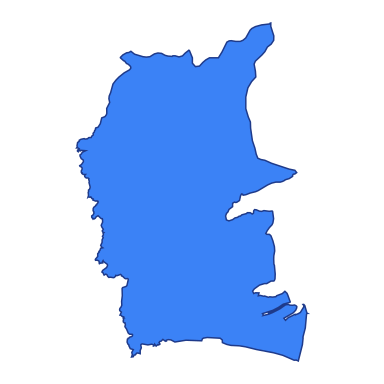 Paser, Kalimantan Timur, Indonesia (orthographic projection)
{"feature_id": "22746128B17746000623405", "entity_name": "Paser", "entity_type": "district", "adm_level": 2, "iso_a3": "IDN", "parent_name": "Indonesia", "parent_adm1": "Kalimantan Timur", "projection": "orthographic", "projection_center": [116.052, -1.688], "detail": "fine", "context": "isolated", "style": "filled", "palette": "blue", "viewbox_px": 384, "rotation_deg": 0, "n_neighbors": 0, "source": "geoboundaries", "source_scale": "gbopen_adm2", "svg_char_len": 5947}
<svg xmlns="http://www.w3.org/2000/svg" viewBox="0 0 384 384"><path d="M131.5,357.0L133.3,356.7L134.0,355.1L135.3,354.9L136.6,353.2L137.9,353.0L140.2,353.7L140.2,350.5L141.3,347.8L140.8,345.1L141.1,344.4L142.2,343.9L147.9,344.9L151.8,344.2L153.1,344.7L153.6,345.4L153.5,346.0L154.1,345.8L154.7,344.1L156.1,346.1L157.8,344.6L158.2,345.0L159.8,344.4L159.8,343.5L159.0,342.7L159.7,341.5L161.2,341.1L162.9,339.4L165.3,341.2L165.8,340.6L166.4,340.9L166.4,340.2L168.2,339.6L170.9,339.9L174.9,342.0L186.0,340.2L201.7,340.8L202.4,338.8L203.5,338.1L207.2,337.5L220.1,338.2L222.3,340.0L222.4,342.6L226.7,344.4L231.0,345.4L239.3,345.8L245.5,346.8L256.4,349.5L273.7,352.8L282.8,355.3L294.1,360.2L296.3,360.1L298.3,361.0L302.4,344.7L303.1,337.8L302.9,337.3L305.3,328.0L306.5,314.5L306.9,313.3L307.4,313.3L306.9,313.0L304.8,305.6L303.7,304.4L303.0,304.5L303.8,305.5L303.8,306.8L300.4,312.4L298.2,313.7L295.4,314.8L295.1,314.3L288.2,317.7L285.5,320.3L283.9,318.2L293.3,312.8L295.7,310.2L296.7,307.9L296.8,306.5L295.9,305.6L294.5,305.0L292.4,305.3L289.6,305.1L288.5,304.5L285.6,304.8L279.8,308.9L272.3,312.7L268.4,314.3L263.2,315.5L263.5,315.1L262.5,313.6L272.9,310.3L278.5,307.4L283.2,304.2L290.0,302.3L290.2,301.8L287.9,295.4L287.0,293.3L284.9,291.3L282.3,293.6L276.7,295.7L275.8,296.7L272.5,297.1L269.7,296.8L268.4,297.3L264.6,296.0L264.0,296.3L260.2,295.4L258.3,295.8L259.0,292.9L255.4,292.8L253.7,293.5L252.6,291.1L254.4,288.8L259.5,285.1L264.4,283.6L266.7,283.6L271.0,281.1L273.8,281.0L274.3,280.6L275.0,278.9L275.2,274.0L274.4,265.3L273.9,264.2L273.7,259.2L273.8,255.9L274.7,251.0L274.4,246.6L272.9,240.9L271.0,235.9L269.5,234.4L266.7,234.3L265.8,233.5L267.2,230.7L269.3,227.7L272.0,224.8L272.9,222.9L273.6,218.7L272.6,211.4L272.1,211.0L269.2,211.3L263.9,210.6L261.7,211.4L259.6,211.2L256.3,209.8L254.6,209.6L253.7,210.8L253.5,213.1L252.6,213.9L252.2,214.0L250.2,212.7L247.3,212.7L246.4,213.6L241.9,214.8L240.4,216.1L239.1,216.2L237.4,217.4L235.0,217.9L232.7,219.6L228.9,220.9L226.4,219.9L225.6,216.0L226.5,213.4L227.9,212.0L229.0,209.4L232.6,206.7L232.6,203.3L234.4,202.1L235.8,202.5L236.9,202.2L239.5,200.5L240.5,195.9L241.5,194.0L242.6,194.2L243.1,195.2L245.9,194.7L250.3,193.0L255.6,191.7L258.2,190.6L267.7,184.9L271.7,183.1L275.9,182.1L280.3,182.1L282.6,181.4L284.8,180.3L285.1,179.8L289.2,178.6L292.6,176.4L292.6,175.3L293.3,174.2L294.8,174.0L296.7,172.6L294.9,170.3L289.1,169.1L271.6,163.3L264.9,160.3L260.8,159.5L257.8,158.2L256.2,154.1L254.9,148.2L252.4,140.7L250.6,128.2L250.4,122.0L248.3,117.0L245.8,108.7L245.8,97.0L247.9,87.8L251.6,81.6L255.8,77.0L255.4,71.1L254.1,64.1L255.4,61.1L262.0,54.9L264.9,51.6L267.4,47.0L271.2,44.1L273.7,40.3L273.8,35.9L270.8,26.4L270.8,23.0L270.1,23.2L270.0,23.9L261.6,24.9L255.4,26.6L251.8,28.5L250.1,30.2L245.8,37.9L243.1,40.2L240.3,41.4L235.7,41.4L231.2,40.7L229.1,40.9L226.9,42.1L222.0,52.0L218.4,57.8L209.5,57.8L205.8,59.9L202.9,62.4L199.5,66.1L195.4,66.6L192.4,63.2L192.4,57.8L189.5,50.7L188.9,50.2L185.2,53.1L182.5,55.9L179.0,56.9L175.1,55.8L172.8,55.8L172.2,56.4L168.0,56.1L165.0,55.3L161.6,53.4L157.9,53.0L154.4,53.9L149.9,56.7L146.3,57.1L143.0,56.7L134.6,54.2L130.9,51.3L128.9,52.5L126.6,52.8L122.9,54.9L120.4,57.4L120.5,57.9L123.7,60.8L124.6,61.0L126.5,63.5L127.8,64.0L129.8,65.6L130.8,67.1L130.7,68.4L129.4,69.9L124.1,72.9L118.9,77.1L115.9,80.2L113.0,84.0L110.6,92.7L109.2,96.0L108.9,98.8L109.7,102.5L106.7,108.4L106.8,113.3L106.4,114.7L105.0,116.6L101.7,117.9L100.3,123.7L98.3,126.8L97.7,127.4L95.9,127.8L95.5,128.3L95.5,129.5L94.6,130.6L94.3,132.0L93.1,133.3L93.3,134.9L91.8,136.1L91.2,137.5L88.8,137.6L87.4,138.8L85.0,139.1L84.2,138.6L80.9,139.3L79.2,140.3L79.2,141.3L77.6,142.5L77.0,145.8L77.3,146.9L76.6,147.9L77.8,147.9L79.1,148.7L77.5,150.3L77.5,151.2L78.1,151.6L78.1,150.9L79.2,150.9L79.7,150.2L80.4,150.8L80.7,150.3L85.6,150.7L82.3,152.3L81.1,154.2L80.0,154.9L80.0,156.0L81.2,158.6L83.3,160.1L83.4,161.7L81.4,164.6L79.7,165.6L80.0,166.4L81.4,167.0L82.1,168.0L82.1,169.3L81.3,170.8L81.3,172.3L82.2,172.9L81.9,173.5L83.3,174.5L85.4,174.5L84.8,175.1L84.7,176.5L85.5,177.5L86.4,178.0L88.0,178.0L88.9,178.7L88.7,179.6L89.3,181.2L89.0,182.6L90.2,187.1L89.6,189.1L88.5,190.1L88.6,191.5L88.2,192.3L88.5,195.4L88.0,197.2L88.4,196.9L90.2,197.3L90.7,196.9L91.3,197.3L91.8,198.5L93.2,199.0L92.9,200.0L95.6,201.1L97.0,200.8L97.3,201.4L98.1,201.4L98.0,202.7L96.9,204.0L96.6,204.9L95.7,205.2L95.5,206.0L93.8,207.3L93.2,208.5L93.1,210.8L93.8,211.7L93.9,213.5L92.8,215.2L91.7,215.9L91.7,217.2L93.0,219.1L93.5,218.5L94.2,218.9L95.2,218.3L96.2,216.8L98.1,215.7L101.3,218.7L102.3,218.7L102.5,219.3L102.6,222.2L101.2,225.3L101.8,227.0L103.3,229.3L102.2,230.9L102.8,232.1L103.9,232.6L103.1,233.2L103.4,234.9L102.4,236.3L103.2,237.6L102.1,239.8L102.1,242.4L100.7,245.4L101.8,247.2L102.7,247.8L100.6,248.3L99.9,250.5L98.9,251.4L99.1,252.1L97.7,253.7L97.7,256.5L95.5,259.1L95.3,259.8L95.6,260.3L97.1,260.2L98.7,260.8L99.4,262.3L99.1,262.9L99.4,263.7L100.3,263.2L102.7,262.9L102.4,261.7L103.1,260.6L103.5,261.5L107.4,264.4L107.5,265.7L106.6,267.5L102.7,270.4L102.0,271.7L102.0,272.2L102.8,272.5L104.1,275.1L105.8,274.1L106.9,274.7L107.7,276.3L108.8,277.4L110.6,277.2L113.4,277.7L114.2,277.5L115.7,276.1L115.7,275.4L117.3,275.6L120.6,274.4L121.5,275.2L121.5,275.9L122.7,276.4L124.8,278.4L125.9,278.8L127.3,278.5L128.0,278.8L128.3,279.5L126.9,285.6L125.9,286.5L122.6,287.6L122.1,288.5L122.3,295.7L121.6,301.4L121.8,305.2L121.1,306.9L119.9,308.4L119.6,309.7L119.8,310.7L121.4,312.1L120.0,315.1L120.9,315.2L122.2,316.5L123.7,316.9L123.6,317.5L124.1,318.0L123.2,318.2L123.6,319.9L123.2,320.7L123.3,321.9L124.3,322.9L125.0,322.9L125.4,325.0L124.9,326.2L125.1,327.0L126.5,329.0L128.2,333.0L129.5,334.2L132.2,334.3L132.6,334.8L132.4,335.9L131.8,336.5L129.6,337.2L128.9,338.1L128.1,338.3L127.9,339.0L127.4,339.2L127.1,342.1L127.9,344.1L128.9,345.0L128.9,345.8L130.3,348.7L133.3,349.6L131.8,352.4L132.3,354.8L131.5,357.0ZM275.4,310.6L286.0,303.7L267.9,313.5L275.4,310.6Z" fill="#3b82f6" stroke="#1e3a8a" stroke-width="1.5"/></svg>